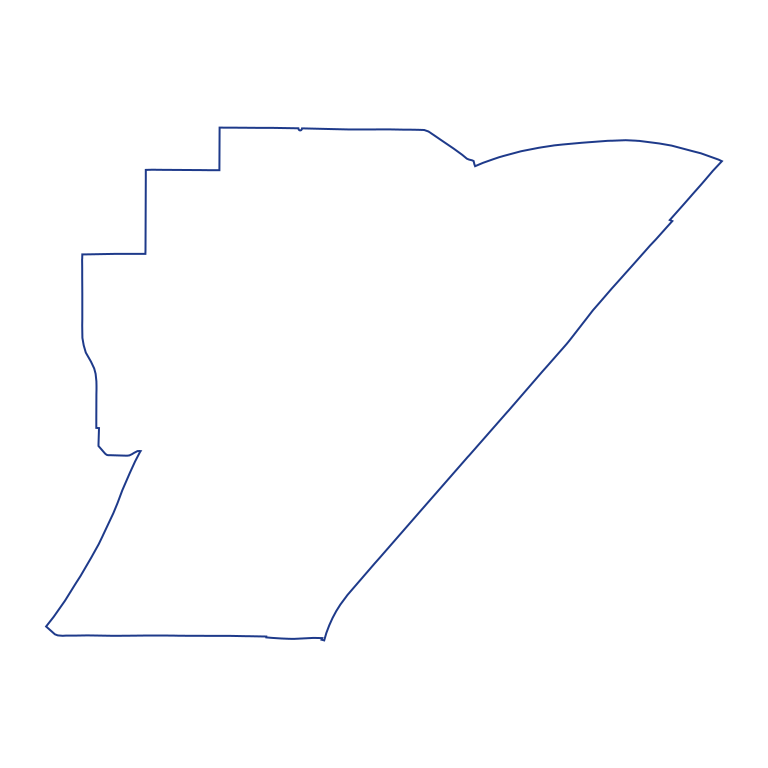 Subiaco, Western Australia, Australia
{"feature_id": "25037944B24614013246759", "entity_name": "Subiaco", "entity_type": "district", "adm_level": 2, "iso_a3": "AUS", "parent_name": "Australia", "parent_adm1": "Western Australia", "projection": "equal_earth", "projection_center": [115.818, -31.953], "detail": "fine", "context": "isolated", "style": "outline", "palette": "blue", "viewbox_px": 768, "rotation_deg": 0, "n_neighbors": 0, "source": "geoboundaries", "source_scale": "gbopen_adm2", "svg_char_len": 2770}
<svg xmlns="http://www.w3.org/2000/svg" viewBox="0 0 768 768"><path d="M82.3,254.4L82.3,254.8L82.2,258.8L82.1,259.3L82.2,268.5L82.2,276.8L82.3,293.3L82.3,319.0L82.2,325.4L82.4,337.9L83.7,345.3L85.8,352.6L91.0,361.7L94.2,368.5L95.6,373.8L96.4,381.3L96.5,386.0L96.5,389.7L96.4,394.2L96.3,418.5L96.3,425.4L96.3,427.9L99.0,428.1L98.5,444.4L98.5,446.0L104.4,452.8L105.4,453.9L106.4,454.6L107.1,455.0L108.3,455.2L110.5,455.2L127.0,455.7L129.4,455.4L132.1,454.1L134.0,452.9L137.5,451.1L139.7,451.0L140.6,451.1L140.0,452.0L135.1,461.4L129.8,473.0L122.3,490.3L118.6,500.2L117.4,503.4L113.3,513.3L103.0,535.2L102.6,536.1L98.7,544.2L93.4,553.7L91.3,557.5L80.4,576.2L76.2,582.7L73.7,586.7L65.0,600.7L53.7,616.8L46.1,626.5L54.0,633.5L54.9,634.3L57.8,635.4L62.7,635.8L66.0,635.6L75.2,635.6L87.3,635.4L94.2,635.5L112.2,635.8L117.3,635.8L130.4,635.7L140.0,635.6L149.0,635.5L155.0,635.5L158.5,635.5L173.4,635.6L177.4,635.7L188.8,635.8L197.6,635.8L217.5,635.9L228.3,635.9L231.2,635.9L246.5,636.2L248.6,636.2L264.9,636.5L266.3,636.5L266.3,637.4L272.2,637.9L281.5,638.5L288.8,638.8L293.7,638.9L313.6,637.9L322.2,638.1L321.5,639.7L324.2,640.4L326.4,632.8L329.3,625.2L332.6,617.9L336.3,611.0L340.4,604.5L347.6,594.8L374.7,563.4L377.2,560.6L380.2,557.2L421.7,509.6L439.1,489.7L467.6,457.1L469.2,455.4L507.0,412.3L508.4,410.8L512.2,406.4L542.3,371.6L547.2,366.1L566.7,343.9L570.1,339.7L582.3,324.0L583.3,322.7L584.1,321.7L592.9,310.3L600.5,301.6L601.1,300.9L611.7,288.6L616.3,283.5L625.4,273.3L633.0,264.8L642.4,254.2L644.1,252.3L650.0,245.6L655.7,239.6L659.1,235.8L666.6,227.4L671.2,222.3L672.3,221.1L669.8,220.0L685.0,202.9L685.6,202.2L692.6,194.2L701.8,183.8L709.0,175.4L712.8,170.9L717.1,166.3L721.9,161.2L718.5,159.6L700.9,153.3L693.1,151.3L671.6,145.6L659.5,143.5L657.2,143.2L647.0,141.9L639.2,140.9L636.9,140.8L636.2,140.7L625.7,140.2L617.8,140.5L615.2,140.6L612.9,140.7L608.0,140.8L593.4,141.9L587.9,142.3L581.4,142.8L562.7,144.5L554.1,145.4L552.3,145.7L542.4,147.2L538.7,147.8L522.3,151.0L520.5,151.4L503.0,156.1L502.4,156.3L499.2,157.2L493.3,159.2L483.1,162.8L475.1,166.2L474.4,164.3L473.6,161.0L472.0,160.3L469.1,159.6L466.9,158.7L462.2,154.8L453.8,148.7L440.1,139.4L437.2,137.4L428.5,131.5L424.2,130.0L417.8,129.8L411.6,129.7L409.2,129.7L405.9,129.7L389.5,129.4L350.4,129.5L332.6,129.1L303.5,128.4L302.0,128.4L301.9,128.9L301.8,129.3L301.5,129.7L301.2,130.1L300.8,130.3L300.4,130.4L300.0,130.4L299.6,130.3L299.2,130.1L298.9,129.7L298.6,129.3L298.5,128.9L298.4,128.3L273.9,127.9L261.8,127.9L252.1,127.8L237.5,127.7L229.2,127.7L219.6,127.6L219.4,170.2L209.8,170.2L201.9,170.1L157.2,169.8L153.4,169.7L145.8,169.9L145.8,178.7L145.5,249.8L145.4,253.9L135.1,253.9L131.6,253.9L131.3,253.9L113.6,253.9L91.4,254.3L85.4,254.4L82.3,254.4Z" fill="none" stroke="#1e3a8a" stroke-width="2"/></svg>